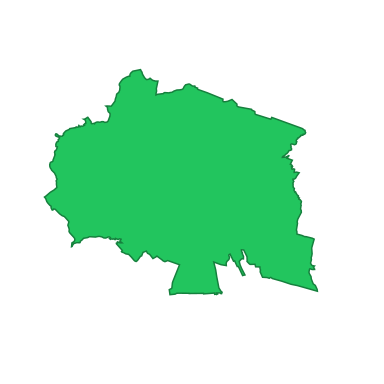 the district of Valenii De Munte, Prahova, Romania, rotated 195°
{"feature_id": "2599482B21871651399137", "entity_name": "Valenii De Munte", "entity_type": "district", "adm_level": 2, "iso_a3": "ROU", "parent_name": "Romania", "parent_adm1": "Prahova", "projection": "natural_earth1", "projection_center": [26.048, 45.192], "detail": "fine", "context": "isolated", "style": "filled", "palette": "green", "viewbox_px": 384, "rotation_deg": 195, "n_neighbors": 0, "source": "geoboundaries", "source_scale": "gbopen_adm2", "svg_char_len": 6061}
<svg xmlns="http://www.w3.org/2000/svg" viewBox="0 0 384 384"><g transform="rotate(195 192 192)"><path d="M285.1,286.0L288.0,283.2L288.8,281.6L290.1,278.0L290.0,276.5L289.4,276.1L288.7,274.8L288.2,271.5L288.5,269.4L290.1,267.0L289.9,264.3L290.1,262.2L289.9,259.8L292.2,254.0L296.3,253.1L297.3,252.7L295.9,252.1L295.5,251.7L295.0,250.1L293.7,247.9L291.8,246.9L291.3,246.2L290.9,243.9L291.4,238.8L291.8,238.1L292.3,237.5L294.4,236.6L295.6,237.0L297.2,236.7L299.0,235.5L301.0,235.3L302.4,234.7L303.8,233.4L303.8,232.7L304.5,232.9L306.5,232.0L307.1,232.3L307.7,233.8L311.6,236.9L312.0,237.2L312.4,237.0L313.2,235.8L314.0,235.3L314.2,234.7L315.3,234.3L313.8,233.9L312.8,232.3L312.4,230.7L313.1,230.5L313.9,229.1L313.1,228.9L313.0,228.7L314.9,227.1L316.3,227.0L316.8,226.1L317.3,226.1L318.5,227.0L318.6,226.6L318.4,225.6L319.2,225.0L320.6,224.9L321.1,224.4L321.0,224.1L326.5,221.6L326.8,220.7L329.6,218.4L330.0,217.8L331.2,215.4L331.3,215.0L330.9,214.6L330.9,213.7L331.3,213.6L331.7,212.4L332.8,212.0L335.0,211.8L337.7,213.1L338.6,212.9L338.8,211.9L338.6,211.3L337.7,210.7L334.1,210.4L334.0,209.2L334.8,208.0L334.3,206.3L335.6,205.2L335.9,203.0L335.2,200.7L334.3,200.5L333.8,200.7L333.7,199.4L334.1,197.4L334.7,196.2L335.1,196.0L335.0,194.5L334.5,193.9L334.2,192.7L333.9,192.6L334.5,186.8L334.3,186.1L334.6,185.3L336.0,184.3L336.5,183.6L336.5,181.5L335.8,179.6L334.9,178.4L333.8,177.5L333.3,176.8L329.8,174.8L327.3,172.0L326.7,170.5L325.6,169.6L326.1,167.6L325.4,166.4L325.0,164.5L323.7,161.4L325.9,158.1L328.7,155.2L332.1,150.2L333.2,148.9L331.6,147.8L329.8,145.2L328.4,144.0L325.8,142.3L324.4,141.8L324.0,140.2L322.4,138.4L321.7,138.6L321.2,139.8L319.6,139.9L314.3,136.7L311.3,135.5L309.2,135.3L308.0,134.7L303.5,131.7L303.2,131.2L303.3,127.8L301.0,124.4L300.5,121.9L299.5,120.9L294.5,117.7L293.4,116.8L292.9,115.9L292.8,114.7L293.2,113.5L294.8,111.8L294.2,108.0L293.7,108.4L293.5,109.9L292.8,111.6L290.3,113.2L287.2,114.0L287.0,114.4L287.1,115.1L286.9,115.8L285.6,117.5L284.8,119.2L280.9,121.0L279.5,122.3L273.6,123.5L271.1,124.8L269.8,125.2L267.3,125.3L265.3,124.8L263.4,125.2L261.3,126.8L260.3,127.2L259.0,126.9L258.9,126.4L259.6,125.6L258.4,125.2L258.1,125.7L256.5,125.9L256.0,126.4L254.4,126.1L253.5,126.3L253.4,126.7L254.1,127.1L254.0,127.4L251.0,127.0L250.0,128.0L248.3,128.1L248.2,127.7L248.9,126.4L248.9,125.8L246.5,124.8L248.4,124.2L250.9,124.6L251.1,124.5L250.9,123.6L251.6,123.2L251.1,122.5L251.4,122.3L244.2,117.5L244.7,116.2L244.1,115.8L242.3,115.7L239.8,115.1L237.1,115.4L233.7,113.4L230.4,111.1L229.5,110.6L228.0,110.4L227.0,111.6L225.1,116.6L224.1,117.2L223.7,121.0L220.8,123.1L219.1,121.3L216.7,120.8L212.5,117.6L210.0,120.0L209.3,121.0L203.4,118.7L202.1,118.0L200.1,117.7L197.7,119.5L185.2,118.5L187.3,101.0L187.4,99.1L186.6,94.1L186.8,93.5L188.7,91.8L186.7,87.1L182.6,88.7L181.7,89.1L180.6,90.2L179.1,90.7L168.7,93.4L168.6,93.2L168.2,93.3L154.6,97.1L154.4,96.6L144.1,100.2L143.6,99.0L142.3,99.5L141.8,99.3L140.9,100.1L141.9,100.9L139.1,101.7L138.6,101.8L137.9,101.3L137.1,101.5L137.0,103.0L138.2,103.5L141.2,106.3L146.2,116.6L149.0,123.0L152.9,130.0L145.2,129.3L139.8,129.8L140.5,131.8L140.5,133.2L140.3,134.0L138.9,136.3L138.8,137.5L138.8,138.4L140.1,140.3L140.1,141.0L139.2,141.9L134.0,135.9L133.0,136.5L129.0,131.7L127.9,132.0L121.5,124.4L119.4,125.6L124.4,131.1L126.7,134.1L128.4,137.2L126.9,140.1L126.3,140.5L125.0,140.7L125.6,143.2L127.5,145.5L127.7,145.8L127.5,146.2L128.9,147.7L129.3,149.0L127.0,149.4L122.1,143.7L121.0,140.1L120.9,139.2L118.2,137.5L117.1,137.1L112.4,138.5L111.2,136.2L107.0,137.2L106.4,135.4L105.6,134.3L105.7,133.7L105.4,132.4L101.8,127.9L97.4,128.8L95.0,128.7L94.2,129.7L93.7,129.9L92.0,129.2L82.2,129.1L72.4,128.5L66.0,128.9L45.2,128.6L45.9,130.3L48.7,133.7L51.1,134.6L54.2,138.8L55.2,141.2L57.5,143.5L58.3,144.8L58.5,147.9L58.2,148.4L55.9,148.2L53.5,148.9L53.7,149.4L54.5,149.8L54.7,150.6L55.3,151.1L54.6,152.2L56.6,152.1L57.5,152.3L59.1,154.0L59.1,157.5L59.9,159.4L59.8,161.0L60.0,163.4L61.9,168.9L61.8,178.1L63.8,178.5L70.6,178.4L71.2,178.0L74.5,178.5L79.7,178.5L80.5,181.1L81.3,182.2L82.0,189.2L82.7,190.2L82.8,193.1L81.1,200.7L81.8,202.6L82.7,203.5L83.1,206.3L83.1,207.4L84.0,208.8L83.7,209.7L83.9,211.3L85.5,212.5L87.1,212.8L87.2,213.3L86.8,214.0L88.4,214.6L88.1,215.5L88.2,215.8L90.0,216.6L90.6,217.4L91.1,217.6L91.6,218.6L92.1,218.9L92.7,218.6L92.9,219.2L93.7,219.7L94.0,220.2L94.0,221.9L95.4,222.7L96.3,225.1L96.3,225.9L96.9,226.7L96.4,228.6L97.4,229.5L97.8,230.5L96.3,231.1L95.5,232.2L94.9,234.6L93.5,238.3L96.1,238.3L98.4,237.3L98.6,237.7L98.5,238.4L98.8,240.5L99.7,240.7L100.9,240.0L101.6,240.1L101.8,240.7L101.6,241.7L102.5,242.0L102.5,242.3L101.6,242.9L102.7,243.9L103.9,244.2L103.9,244.9L104.1,244.8L103.3,248.7L109.0,249.2L107.5,252.6L110.4,250.0L113.7,248.8L113.7,249.3L113.1,250.3L112.0,251.2L110.8,253.4L110.4,253.5L109.3,255.8L109.1,257.1L108.0,257.5L106.8,258.5L107.2,260.0L108.0,260.5L108.1,261.9L108.9,262.9L108.9,263.6L108.4,264.1L107.5,264.3L105.2,264.2L104.0,265.2L103.8,265.9L104.1,267.0L103.7,267.6L104.5,268.2L104.7,268.8L104.4,269.9L103.7,270.7L103.6,271.8L103.0,271.9L102.3,273.2L101.5,273.8L101.7,274.8L101.3,275.1L99.6,275.5L99.6,276.6L98.6,276.7L97.8,277.5L97.6,278.8L98.3,279.5L98.8,280.8L100.5,281.1L101.2,281.7L102.3,281.9L134.3,284.7L134.7,282.7L150.6,283.4L151.2,283.7L151.7,284.5L152.0,285.8L152.2,286.0L155.3,286.6L155.9,287.3L169.2,286.2L170.4,286.5L171.1,287.1L171.3,288.5L177.3,291.7L180.9,288.9L183.5,287.7L185.1,287.3L185.9,288.1L186.1,289.7L202.8,291.8L212.9,292.6L213.4,293.0L213.5,293.8L216.3,294.0L216.4,294.8L216.7,295.1L218.8,294.4L222.2,295.6L223.2,295.4L225.9,293.9L226.8,292.0L227.3,289.5L228.0,288.6L230.2,287.5L233.0,286.6L235.7,284.7L237.0,283.2L239.2,282.3L239.8,281.8L244.0,281.0L244.7,280.6L245.0,279.7L250.7,277.4L251.9,276.4L252.3,278.2L252.3,280.3L253.2,282.5L253.6,290.3L255.8,289.7L259.0,289.7L261.9,291.0L262.0,290.6L263.7,289.3L265.1,288.8L267.4,290.1L270.3,293.0L271.4,294.9L272.2,295.5L273.4,296.9L280.4,293.4L281.7,291.5L282.1,290.6L282.3,289.3L282.0,287.7L282.8,287.6L285.1,286.0Z" fill="#22c55e" stroke="#15803d" stroke-width="1.5"/></g></svg>